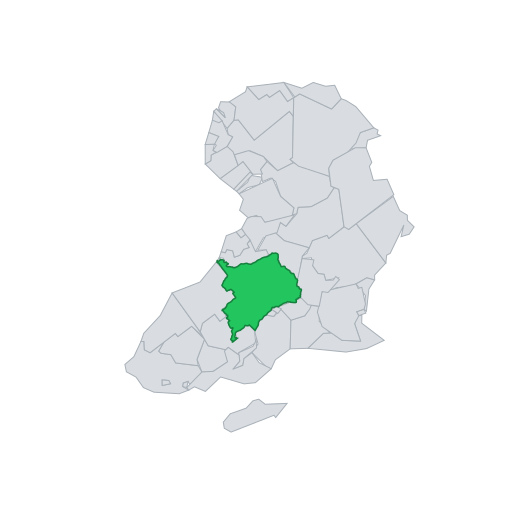 Democratic Republic of the Congo highlighted on a map of Africa, rotated 53°
{"feature_id": "COD", "entity_name": "Democratic Republic of the Congo", "entity_type": "country or territory", "adm_level": 0, "iso_a3": "COD", "parent_name": "Africa", "parent_adm1": "", "projection": "robinson", "projection_center": [23.721, -4.071], "detail": "fine", "context": "in_parent", "style": "filled", "palette": "green", "viewbox_px": 512, "rotation_deg": 53, "n_neighbors": 49, "source": "natural_earth", "source_scale": "50m", "svg_char_len": 15760}
<svg xmlns="http://www.w3.org/2000/svg" viewBox="0 0 512 512"><g transform="rotate(53 256 256)"><path d="M328.3,266.7L350.7,284.6L350.5,302.9L355.2,311.7L351.8,314.4L330.8,317.4L327.5,307.3L314.8,302.2L310.1,293.4L308.9,283.7L314.9,278.2L313.5,267.6L328.3,266.7Z" fill="#d9dde1" stroke="#a8b0b8" stroke-width="1"/><path d="M152.3,130.6L151.7,137.9L138.2,137.6L137.5,149.9L133.6,150.3L132.8,159.7L115.6,161.3L134.2,129.3L152.3,130.6Z" fill="#d9dde1" stroke="#a8b0b8" stroke-width="1"/><path d="M360.9,270.2L358.3,248.7L363.1,241.8L375.1,238.1L386.9,223.7L369.4,218.0L364.6,211.4L367.0,207.1L373.3,212.0L400.5,204.4L396.5,223.3L386.9,241.9L360.9,270.2Z" fill="#d9dde1" stroke="#a8b0b8" stroke-width="1"/><path d="M350.7,284.6L328.3,266.7L333.1,253.0L328.7,241.7L334.2,235.7L346.2,244.8L362.0,243.3L358.3,248.7L360.9,270.2L350.7,284.6Z" fill="#d9dde1" stroke="#a8b0b8" stroke-width="1"/><path d="M288.7,222.6L285.5,220.5L284.0,219.1L284.4,213.7L277.6,201.7L282.2,186.8L285.8,187.2L285.7,166.1L290.5,166.1L290.4,156.5L339.7,156.5L342.6,172.7L346.5,175.7L340.1,180.7L337.9,197.0L329.6,211.1L328.5,220.4L323.1,203.3L317.4,215.0L311.6,212.7L307.3,217.0L297.9,216.7L290.8,212.8L285.8,220.7L288.7,222.6Z" fill="#d9dde1" stroke="#a8b0b8" stroke-width="1"/><path d="M285.6,168.1L285.8,187.2L282.2,186.8L277.6,201.7L281.5,208.6L260.8,224.2L249.4,226.5L243.9,216.3L250.3,214.2L246.8,198.1L242.4,193.1L249.7,182.3L252.6,164.2L248.4,152.3L252.6,149.7L285.6,168.1Z" fill="#d9dde1" stroke="#a8b0b8" stroke-width="1"/><path d="M255.0,399.3L256.9,396.9L263.7,401.6L269.5,398.8L269.3,381.0L273.5,390.9L276.5,390.4L283.5,383.4L293.1,384.5L308.8,368.2L316.1,369.0L319.1,379.1L318.6,386.2L315.3,385.7L313.7,390.5L316.2,393.1L322.6,390.5L319.8,400.2L303.3,419.5L293.4,425.1L280.5,424.7L270.5,429.2L263.7,426.0L262.9,414.1L255.0,399.3ZM306.6,401.1L302.9,400.6L298.5,405.6L303.0,408.8L306.6,401.1Z" fill="#d9dde1" stroke="#a8b0b8" stroke-width="1"/><path d="M306.6,401.1L303.0,408.8L298.5,405.6L302.9,400.6L306.6,401.1Z" fill="#d9dde1" stroke="#a8b0b8" stroke-width="1"/><path d="M316.1,369.0L303.0,365.3L291.6,347.3L299.0,348.2L312.6,336.6L323.4,342.4L322.4,359.6L316.1,369.0Z" fill="#d9dde1" stroke="#a8b0b8" stroke-width="1"/><path d="M308.8,368.2L293.1,384.5L283.5,383.4L276.5,390.4L273.5,390.9L269.3,381.0L269.3,367.0L273.3,366.9L273.4,349.7L291.6,347.3L303.0,365.3L308.8,368.2Z" fill="#d9dde1" stroke="#a8b0b8" stroke-width="1"/><path d="M269.3,367.0L269.5,398.8L263.7,401.6L256.9,396.9L255.0,399.3L250.2,392.2L245.9,368.3L235.0,345.2L290.8,346.5L273.4,349.7L273.3,366.9L269.3,367.0Z" fill="#d9dde1" stroke="#a8b0b8" stroke-width="1"/><path d="M115.1,196.8L111.5,191.4L118.2,183.1L124.7,182.4L134.4,191.9L136.8,202.4L115.0,202.7L114.5,199.0L127.1,197.3L115.1,196.8Z" fill="#d9dde1" stroke="#a8b0b8" stroke-width="1"/><path d="M136.8,202.4L134.4,191.9L136.6,188.2L162.4,187.7L160.6,142.3L166.9,142.2L199.4,167.6L199.3,170.6L204.0,170.1L200.9,187.4L181.1,190.2L168.5,197.4L162.2,212.3L151.1,213.1L146.8,203.0L142.4,205.2L136.8,202.4Z" fill="#d9dde1" stroke="#a8b0b8" stroke-width="1"/><path d="M115.6,161.3L132.8,159.7L133.6,150.3L137.5,149.9L138.2,137.6L151.7,137.9L152.3,130.6L166.9,142.2L160.6,142.3L162.4,187.7L136.6,188.2L134.4,191.9L124.7,182.4L116.7,184.6L118.5,165.6L115.6,161.3Z" fill="#d9dde1" stroke="#a8b0b8" stroke-width="1"/><path d="M196.1,232.1L192.6,232.6L192.0,218.3L188.3,211.8L197.2,203.4L201.1,210.6L196.4,221.3L196.1,232.1Z" fill="#d9dde1" stroke="#a8b0b8" stroke-width="1"/><path d="M248.4,152.3L252.6,164.2L249.7,182.3L242.4,193.1L246.8,198.1L245.0,202.2L240.4,196.8L223.2,200.5L208.3,195.5L202.7,197.1L200.4,206.1L189.6,200.4L187.1,190.4L200.9,187.4L204.0,170.1L236.6,149.4L245.4,154.1L248.4,152.3Z" fill="#d9dde1" stroke="#a8b0b8" stroke-width="1"/><path d="M196.1,232.1L203.8,196.1L223.2,200.5L240.4,196.8L246.6,204.1L234.5,228.6L223.8,231.2L220.7,239.2L209.6,241.6L203.1,232.0L196.1,232.1Z" fill="#d9dde1" stroke="#a8b0b8" stroke-width="1"/><path d="M246.3,200.4L250.3,214.2L243.9,216.3L250.1,225.2L246.0,239.4L252.2,253.8L225.5,251.1L220.6,240.5L221.8,235.8L227.6,228.3L234.5,228.6L246.3,200.4Z" fill="#d9dde1" stroke="#a8b0b8" stroke-width="1"/><path d="M188.9,209.3L192.6,232.6L189.2,233.6L184.9,210.7L188.9,209.3Z" fill="#d9dde1" stroke="#a8b0b8" stroke-width="1"/><path d="M185.2,209.2L189.2,233.6L172.6,238.1L172.7,209.5L185.2,209.2Z" fill="#d9dde1" stroke="#a8b0b8" stroke-width="1"/><path d="M151.1,213.1L158.9,211.6L173.0,215.8L172.6,238.1L152.0,241.2L152.7,234.7L148.4,231.1L151.1,213.1Z" fill="#d9dde1" stroke="#a8b0b8" stroke-width="1"/><path d="M127.6,201.7L142.4,205.2L146.8,203.0L151.1,213.1L149.8,225.2L145.9,227.0L143.7,221.1L140.5,222.0L138.1,213.9L129.0,219.4L121.3,209.1L127.6,201.7Z" fill="#d9dde1" stroke="#a8b0b8" stroke-width="1"/><path d="M115.0,202.7L127.6,201.7L127.3,205.4L121.3,209.1L115.0,202.7Z" fill="#d9dde1" stroke="#a8b0b8" stroke-width="1"/><path d="M149.2,225.2L148.4,231.1L152.7,234.7L152.0,241.2L136.4,229.5L141.7,221.8L145.9,227.0L149.2,225.2Z" fill="#d9dde1" stroke="#a8b0b8" stroke-width="1"/><path d="M129.0,219.4L138.1,213.9L141.7,221.8L136.4,229.5L129.0,219.4Z" fill="#d9dde1" stroke="#a8b0b8" stroke-width="1"/><path d="M162.2,212.3L167.3,198.6L181.1,190.2L187.1,190.4L189.6,200.4L194.4,201.5L188.9,209.3L172.7,209.5L173.0,215.8L162.2,212.3Z" fill="#d9dde1" stroke="#a8b0b8" stroke-width="1"/><path d="M300.6,237.0L288.1,237.6L279.6,242.8L267.1,238.0L262.8,245.3L257.2,244.2L252.5,251.2L245.9,235.9L249.4,226.5L260.8,224.2L281.5,208.6L284.0,219.1L300.6,237.0Z" fill="#d9dde1" stroke="#a8b0b8" stroke-width="1"/><path d="M262.8,245.3L259.3,264.2L252.5,279.1L246.4,286.0L238.1,283.4L235.1,286.3L231.6,281.2L234.9,278.6L233.3,275.4L237.9,271.5L243.9,274.0L245.7,268.5L243.2,261.9L245.1,256.4L240.9,255.8L240.0,251.2L252.2,253.8L257.2,244.2L262.8,245.3Z" fill="#d9dde1" stroke="#a8b0b8" stroke-width="1"/><path d="M232.4,251.3L239.5,251.0L240.9,255.8L245.1,256.4L243.2,261.9L245.7,268.5L243.9,274.0L237.9,271.5L233.3,275.4L234.9,278.6L231.6,281.2L221.9,267.5L224.8,257.3L232.4,257.0L232.4,251.3Z" fill="#d9dde1" stroke="#a8b0b8" stroke-width="1"/><path d="M225.5,251.1L232.4,251.3L232.4,257.0L224.8,257.3L225.5,251.1Z" fill="#d9dde1" stroke="#a8b0b8" stroke-width="1"/><path d="M314.8,302.2L325.3,308.6L322.8,328.0L325.0,329.2L312.3,333.2L312.6,336.6L299.0,348.2L283.0,346.2L277.5,339.3L277.6,324.0L286.4,324.1L285.9,314.6L299.7,317.9L310.3,325.8L310.0,320.6L304.7,318.7L305.1,306.1L307.5,302.5L314.8,302.2Z" fill="#d9dde1" stroke="#a8b0b8" stroke-width="1"/><path d="M323.3,306.4L329.7,310.9L330.7,327.3L335.4,332.3L332.5,342.8L330.2,332.3L322.8,328.0L326.3,312.7L323.3,306.4Z" fill="#d9dde1" stroke="#a8b0b8" stroke-width="1"/><path d="M330.8,317.4L343.1,317.7L355.2,311.7L356.8,332.7L351.0,342.4L331.3,357.1L333.7,377.9L323.4,383.9L322.6,390.5L319.4,390.5L316.1,369.0L322.4,359.6L323.4,342.4L312.9,338.4L312.3,333.2L325.0,329.2L330.2,332.3L332.5,342.8L335.4,332.3L330.7,327.3L330.8,317.4Z" fill="#d9dde1" stroke="#a8b0b8" stroke-width="1"/><path d="M319.4,390.5L316.2,393.1L313.7,390.5L315.3,385.7L319.4,390.5Z" fill="#d9dde1" stroke="#a8b0b8" stroke-width="1"/><path d="M235.1,286.3L238.2,286.1L236.3,289.9L235.1,286.3ZM236.9,291.4L253.8,290.3L258.7,300.9L265.3,300.5L269.8,295.5L276.7,297.1L278.5,315.3L286.4,316.1L286.4,324.1L277.6,324.0L277.5,339.3L283.0,346.2L235.0,345.2L243.1,316.4L236.9,291.4Z" fill="#d9dde1" stroke="#a8b0b8" stroke-width="1"/><path d="M313.7,273.7L314.9,278.2L308.9,283.7L307.6,275.7L313.7,273.7Z" fill="#d9dde1" stroke="#a8b0b8" stroke-width="1"/><path d="M392.4,319.9L396.9,337.5L394.0,337.5L381.6,381.9L374.5,385.0L369.0,382.1L366.5,371.5L371.6,355.4L369.8,345.7L372.0,340.0L379.9,337.9L392.4,319.9Z" fill="#d9dde1" stroke="#a8b0b8" stroke-width="1"/><path d="M114.5,199.0L122.0,195.5L127.1,197.3L114.5,199.0Z" fill="#d9dde1" stroke="#a8b0b8" stroke-width="1"/><path d="M227.2,116.6L220.2,98.4L224.5,84.8L228.9,82.8L231.4,85.8L234.9,84.1L230.7,97.3L235.9,103.0L227.2,116.6Z" fill="#d9dde1" stroke="#a8b0b8" stroke-width="1"/><path d="M152.3,130.6L152.8,123.6L184.1,107.2L181.7,93.3L185.8,90.6L196.8,86.4L224.5,84.8L220.2,98.4L225.9,108.0L228.4,120.8L225.9,136.8L229.7,145.1L236.6,149.4L209.9,168.0L199.3,170.6L199.4,167.6L152.3,130.6Z" fill="#d9dde1" stroke="#a8b0b8" stroke-width="1"/><path d="M338.5,192.9L340.1,180.7L346.5,175.7L350.3,185.7L366.6,201.1L363.6,201.9L353.6,192.4L338.5,192.9Z" fill="#d9dde1" stroke="#a8b0b8" stroke-width="1"/><path d="M134.2,129.3L149.6,118.4L151.9,105.8L162.3,98.3L167.0,90.4L181.7,93.3L184.1,107.2L152.8,123.6L152.4,129.3L134.2,129.3Z" fill="#d9dde1" stroke="#a8b0b8" stroke-width="1"/><path d="M339.7,156.5L290.4,156.5L291.0,110.5L306.2,113.9L314.5,110.6L318.6,113.6L327.9,112.2L330.8,120.5L327.9,128.5L320.2,119.2L334.6,147.2L334.0,151.2L339.7,156.5Z" fill="#d9dde1" stroke="#a8b0b8" stroke-width="1"/><path d="M290.0,109.0L290.5,166.1L285.6,168.1L252.6,149.7L245.4,154.1L229.7,145.1L225.9,136.8L229.3,111.5L235.9,103.0L250.9,107.2L252.7,111.5L266.3,116.8L273.6,105.1L290.0,109.0Z" fill="#d9dde1" stroke="#a8b0b8" stroke-width="1"/><path d="M386.9,223.7L375.1,238.1L352.2,245.7L337.8,240.8L324.2,224.7L338.5,192.9L343.4,193.9L344.7,190.3L360.3,197.5L363.6,201.9L361.2,209.1L365.5,209.7L369.4,218.0L386.9,223.7Z" fill="#d9dde1" stroke="#a8b0b8" stroke-width="1"/><path d="M363.6,201.9L367.7,202.6L365.5,209.7L361.2,209.1L363.6,201.9Z" fill="#d9dde1" stroke="#a8b0b8" stroke-width="1"/><path d="M328.3,266.7L310.0,268.6L317.0,244.0L328.7,241.7L330.7,245.0L333.1,253.0L328.3,266.7Z" fill="#d9dde1" stroke="#a8b0b8" stroke-width="1"/><path d="M313.5,267.6L315.0,273.1L307.6,275.7L308.8,269.9L313.5,267.6Z" fill="#d9dde1" stroke="#a8b0b8" stroke-width="1"/><path d="M315.3,245.3L310.5,240.0L303.2,240.9L285.8,220.7L293.9,212.1L297.9,216.7L307.3,217.0L311.6,212.7L317.4,215.0L321.7,208.9L320.3,204.6L325.1,203.6L328.5,220.4L324.2,224.7L334.2,235.7L326.1,243.9L315.3,245.3Z" fill="#d9dde1" stroke="#a8b0b8" stroke-width="1"/><path d="M314.9,301.5L307.3,302.8L307.0,302.9L307.2,303.4L307.1,303.9L306.9,304.3L306.6,304.8L306.1,305.4L305.8,305.7L304.9,306.4L304.9,306.6L305.5,307.8L305.8,308.6L305.9,309.3L305.8,311.6L305.8,312.0L305.9,312.8L305.9,313.3L305.5,314.0L305.4,314.6L304.9,316.6L304.7,317.2L305.0,318.3L305.2,318.8L305.6,319.3L306.4,320.0L306.7,320.3L307.6,321.4L308.8,321.7L309.2,321.8L309.4,321.7L309.5,321.6L309.5,321.3L309.4,321.0L309.5,320.8L309.7,320.7L310.3,320.7L310.5,320.5L310.7,326.3L310.6,326.6L310.4,326.7L310.1,326.5L310.0,326.0L309.9,325.8L309.7,325.7L309.4,325.8L309.0,326.1L308.4,326.3L308.2,326.4L307.8,326.4L307.4,326.3L307.1,326.0L307.0,325.6L306.4,324.4L306.0,323.9L305.7,323.8L305.5,323.7L305.3,323.3L305.1,322.7L304.9,322.2L304.7,322.0L302.6,321.1L302.1,321.1L301.7,321.0L301.4,320.8L301.2,320.7L300.7,319.5L300.0,318.7L299.8,317.8L299.6,317.7L299.4,317.8L299.2,317.9L298.7,319.2L298.7,319.3L298.5,319.5L298.2,319.6L297.8,319.6L297.3,319.6L296.2,319.4L294.8,319.2L294.4,319.0L294.1,318.9L293.1,318.5L292.7,318.5L292.5,318.3L292.3,318.2L292.0,317.9L291.9,317.6L291.7,316.9L291.8,316.5L291.9,316.1L291.7,315.9L291.3,316.1L290.0,316.4L289.1,316.6L288.5,317.0L288.3,317.1L287.9,316.9L287.7,316.7L287.9,316.5L288.0,316.2L287.9,315.6L287.7,315.3L287.1,315.1L286.9,315.1L286.8,314.7L286.6,314.4L286.2,314.3L285.9,314.7L285.9,314.8L285.6,315.0L285.0,315.0L284.5,314.8L284.1,314.8L283.8,314.8L282.8,315.3L282.4,315.4L281.3,315.3L280.7,315.2L280.2,315.2L279.9,315.3L279.5,315.7L279.2,315.9L278.8,315.5L278.8,315.0L278.6,314.4L278.7,314.1L279.1,313.9L279.2,313.4L279.1,312.8L279.1,312.3L279.2,312.0L279.0,311.4L278.7,310.3L278.2,309.5L277.7,308.8L277.3,308.2L277.1,307.6L277.1,306.1L277.5,303.9L277.4,302.2L277.0,301.1L276.9,299.9L277.2,298.6L277.2,297.7L277.0,297.3L276.9,297.2L274.4,297.1L272.0,297.1L271.8,296.9L271.7,296.6L271.7,296.3L271.9,295.4L271.4,295.3L268.9,295.7L268.0,295.9L267.4,296.4L267.2,297.1L267.2,297.6L267.2,298.0L266.9,298.4L266.7,298.9L266.6,300.4L265.8,300.5L264.9,300.5L263.7,300.2L263.3,300.2L263.0,300.4L261.8,300.6L261.2,301.0L260.6,300.9L260.0,300.9L259.2,301.0L259.0,300.9L257.8,298.7L257.4,297.9L257.0,297.5L256.6,297.0L256.5,296.5L256.6,296.0L256.4,295.4L255.9,294.6L255.6,293.9L255.5,293.2L255.4,292.6L255.5,292.1L255.4,291.7L255.2,291.5L255.0,291.2L254.7,290.8L254.3,290.4L253.8,290.3L251.3,290.3L247.2,290.3L246.8,290.4L245.7,290.4L244.5,290.3L243.0,290.2L242.5,290.3L241.3,290.3L241.2,290.3L240.5,290.2L240.0,290.3L239.8,290.1L239.2,290.2L238.9,290.3L238.4,290.7L237.7,290.9L237.4,290.9L236.9,290.4L236.5,290.0L236.4,289.8L236.6,289.7L237.6,289.6L237.7,288.2L237.7,286.8L237.6,286.7L237.4,286.6L238.0,286.0L238.4,285.7L239.0,284.9L240.0,284.4L240.1,284.2L240.3,284.2L240.7,284.7L241.3,285.3L241.5,285.3L242.1,285.0L242.5,284.8L242.6,284.6L242.7,284.3L242.8,283.5L243.0,283.4L243.3,283.5L243.5,283.6L244.2,283.3L244.5,283.2L244.9,283.0L245.3,282.8L245.5,282.8L245.8,283.3L245.9,283.5L245.5,284.1L245.7,284.6L245.7,285.3L245.9,285.5L246.1,285.4L246.3,285.4L246.7,285.6L247.0,285.6L247.3,285.4L247.8,284.7L248.6,283.5L249.3,282.8L249.9,282.5L250.2,282.1L250.4,281.7L250.7,281.5L251.4,281.3L251.9,281.0L252.4,280.2L253.0,278.7L253.3,276.7L253.2,273.1L253.3,272.6L253.6,272.2L254.2,271.5L254.7,271.0L255.0,270.3L255.7,268.7L256.1,268.0L256.5,267.6L257.1,267.2L257.8,266.9L258.9,265.8L259.8,264.8L259.7,263.4L259.9,262.4L260.4,261.0L260.6,259.5L260.4,258.0L260.5,256.7L261.1,254.7L261.2,253.9L261.2,252.4L261.8,250.5L263.0,248.1L263.5,246.3L263.4,244.5L263.6,243.1L263.5,242.4L263.3,241.7L263.4,241.2L263.9,241.1L264.4,240.4L265.4,238.6L266.5,237.8L267.3,237.5L268.1,237.5L268.6,237.7L268.8,238.0L269.4,238.4L270.3,238.9L271.0,239.6L271.4,240.3L271.7,240.7L272.1,240.8L272.7,240.8L273.4,240.9L274.1,241.3L274.6,241.5L274.7,241.4L275.1,241.4L275.9,241.7L276.5,241.6L277.5,241.7L279.6,242.3L279.8,242.1L280.0,241.9L280.5,240.8L280.9,240.1L281.0,239.8L281.5,239.4L282.1,239.3L282.6,239.4L283.4,239.7L283.9,239.7L284.3,239.5L285.0,239.2L285.7,239.0L286.3,238.8L287.7,238.1L288.2,238.1L289.6,238.4L290.5,238.2L290.8,238.3L291.6,238.0L291.8,237.8L292.2,236.9L292.8,236.6L293.6,236.7L295.5,237.3L297.5,237.7L298.3,237.8L298.5,237.7L299.1,237.2L299.3,237.1L299.5,237.2L300.7,237.6L300.9,237.9L301.1,238.3L301.8,238.8L302.1,239.2L302.4,239.8L302.6,240.0L302.9,240.2L303.2,240.4L303.3,240.6L303.6,240.9L304.1,241.2L304.6,241.3L304.8,241.4L305.1,241.4L305.5,241.1L306.0,240.7L306.3,240.5L307.2,240.6L307.7,240.8L308.1,241.0L308.5,241.0L309.1,240.5L309.5,240.0L309.8,239.9L310.4,240.1L310.8,240.6L311.2,241.3L311.8,242.1L312.6,243.0L313.5,243.5L313.9,243.7L314.0,243.9L314.1,244.2L314.1,244.6L314.7,244.6L315.0,244.7L315.1,245.0L315.3,245.4L315.5,245.5L315.3,246.4L315.0,246.9L314.9,247.5L315.2,247.9L315.3,248.0L315.3,248.4L315.0,249.3L314.8,250.0L314.8,250.3L315.3,250.6L315.8,250.6L316.0,250.7L316.2,251.0L316.3,251.1L316.6,251.1L316.8,251.4L317.2,251.8L317.1,252.1L317.1,252.3L316.7,252.9L315.8,254.0L313.8,256.2L313.1,256.4L312.8,256.8L312.5,257.4L312.0,258.0L311.5,258.2L311.5,258.3L311.4,258.9L311.5,259.7L311.3,260.1L310.8,261.3L310.7,261.4L310.6,261.6L310.5,262.4L310.4,262.7L310.2,264.2L310.3,264.7L310.1,265.4L310.1,265.9L310.0,266.4L309.9,266.8L310.0,268.8L309.8,268.9L309.5,269.2L309.2,269.4L308.4,270.4L308.1,270.8L308.1,271.0L308.1,272.4L308.1,272.7L308.0,272.8L307.0,273.6L306.9,273.9L307.1,274.4L307.1,274.8L307.2,275.0L307.6,275.2L307.6,275.6L308.2,276.3L308.5,276.8L308.5,277.2L308.4,278.3L308.4,278.8L308.4,280.5L308.4,280.9L308.9,281.8L309.1,282.8L309.2,283.5L308.9,285.3L308.9,285.6L308.9,286.0L309.5,287.6L309.8,288.5L310.0,289.2L310.1,289.6L310.0,289.8L309.6,290.8L309.5,291.0L309.6,291.7L309.8,292.4L310.5,293.9L310.8,294.2L311.5,294.8L312.1,295.3L312.6,295.9L313.0,296.7L313.3,297.4L313.4,297.9L314.7,301.0L314.9,301.5Z" fill="#22c55e" stroke="#15803d" stroke-width="1.5"/></g></svg>